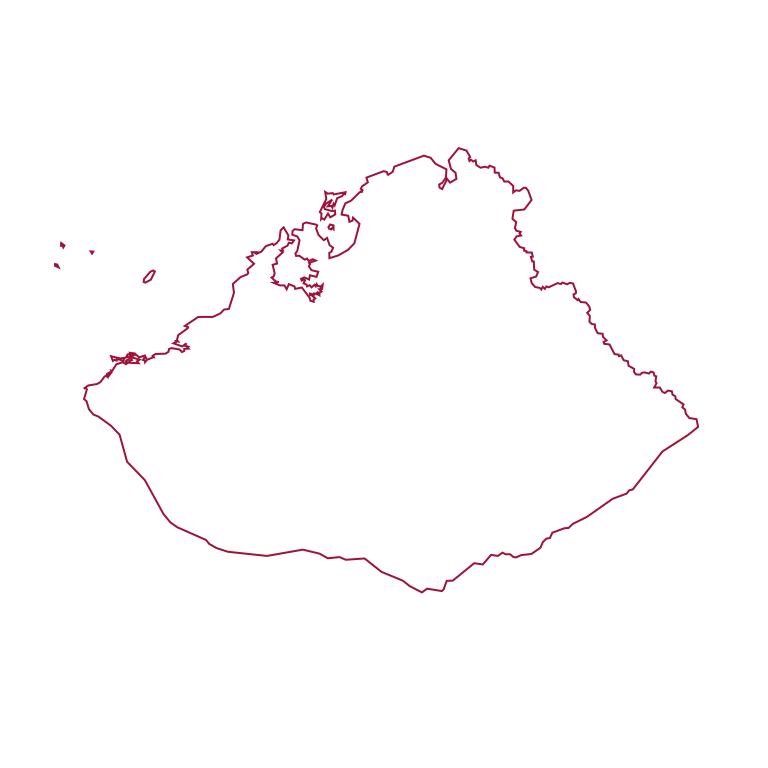 Kilwa, Lindi, United Republic of Tanzania (Albers equal-area conic projection), rotated 256°
{"feature_id": "72390352B7880721655308", "entity_name": "Kilwa", "entity_type": "district", "adm_level": 2, "iso_a3": "TZA", "parent_name": "United Republic of Tanzania", "parent_adm1": "Lindi", "projection": "albers", "projection_center": [39.276, -9.089], "detail": "fine", "context": "isolated", "style": "outline", "palette": "rose", "viewbox_px": 768, "rotation_deg": 256, "n_neighbors": 0, "source": "geoboundaries", "source_scale": "gbopen_adm2", "svg_char_len": 6157}
<svg xmlns="http://www.w3.org/2000/svg" viewBox="0 0 768 768"><g transform="rotate(256 384 384)"><path d="M452.2,91.6L452.2,93.9L450.7,94.4L441.9,89.3L439.3,91.2L431.0,91.6L424.6,94.7L421.6,98.9L409.4,109.1L398.7,115.2L370.7,115.9L348.6,128.7L311.1,138.6L301.3,143.3L294.9,148.9L275.7,173.6L271.2,175.7L265.4,181.7L259.0,191.9L245.5,228.8L242.9,265.2L235.0,280.4L228.5,287.3L226.8,299.0L222.7,304.4L219.4,323.0L202.4,336.0L188.5,354.8L181.7,360.0L172.6,370.4L175.0,376.3L169.1,390.0L170.3,392.2L177.8,397.2L176.6,403.2L188.3,428.2L185.0,436.2L192.3,446.6L189.6,452.9L191.7,458.1L189.4,460.8L188.2,465.3L184.9,467.6L183.8,470.2L184.8,475.8L183.4,485.8L187.2,496.1L192.1,499.8L194.7,504.2L194.4,507.7L199.0,511.4L200.4,524.1L199.7,528.3L202.6,533.3L206.0,548.8L217.3,578.0L219.0,593.0L221.5,596.1L221.5,599.9L251.2,637.9L260.9,666.4L266.4,678.4L274.3,678.7L277.1,672.0L282.0,669.7L286.5,669.9L289.1,667.8L291.8,669.7L298.9,663.3L301.6,663.7L304.0,661.4L307.3,661.5L308.9,657.9L307.3,654.3L309.0,652.3L313.9,650.7L315.2,645.3L318.8,648.6L321.1,648.1L325.6,650.0L326.7,648.4L330.1,648.3L331.5,645.8L330.0,643.7L332.1,639.9L332.5,637.2L331.1,634.8L332.4,630.7L335.3,629.5L338.1,630.4L342.5,625.7L347.0,626.2L349.1,622.3L354.4,621.0L354.2,618.7L355.8,618.7L357.2,614.9L367.8,612.4L369.7,607.4L371.6,607.2L372.5,610.5L376.8,607.9L379.8,608.3L381.6,603.6L387.7,602.2L390.7,603.1L391.9,600.2L394.6,598.4L400.2,600.2L403.9,598.4L406.1,602.0L409.4,601.9L414.2,599.7L416.0,594.6L419.4,593.3L418.5,592.2L422.2,589.3L425.1,589.6L425.6,592.1L427.6,592.7L435.8,591.7L437.2,588.7L436.4,585.9L439.3,581.7L438.2,579.9L439.9,576.8L438.0,567.3L439.4,565.2L437.4,563.1L439.9,561.5L437.6,559.5L439.7,558.2L441.5,554.2L446.0,551.8L451.1,551.7L451.5,557.7L455.4,560.5L458.6,557.4L466.6,559.0L467.1,557.5L471.8,557.3L471.6,559.2L475.8,559.2L477.2,554.1L478.4,554.4L479.5,552.2L481.8,552.9L484.2,548.8L492.6,545.4L495.2,548.5L494.9,552.9L497.3,552.0L498.5,553.4L500.7,549.5L503.7,548.8L509.1,551.4L513.2,548.6L520.8,551.8L519.4,562.4L526.9,571.7L536.6,570.7L540.0,569.1L540.6,567.1L538.6,562.3L540.0,558.9L538.6,555.7L544.9,557.3L550.4,553.7L551.3,549.7L554.8,548.8L556.5,546.5L561.2,546.3L562.3,542.6L567.3,543.6L570.3,539.2L568.6,537.6L570.4,534.6L570.5,530.0L574.1,526.6L578.9,527.0L578.3,524.4L580.5,522.7L579.7,520.9L582.4,520.7L583.3,522.5L590.5,520.5L594.8,513.5L585.4,500.9L576.5,501.0L571.6,504.5L565.5,503.9L563.4,496.8L567.6,494.9L559.1,487.6L561.1,485.4L564.2,485.8L565.1,489.2L569.5,494.1L577.2,496.5L585.1,487.3L592.2,484.0L595.9,478.0L592.4,446.6L587.9,443.9L586.0,438.8L587.1,438.7L585.9,438.2L588.9,438.1L590.6,435.2L588.5,416.9L583.6,417.1L581.1,410.6L579.0,408.7L577.4,410.0L576.4,408.2L575.8,410.1L575.9,406.7L569.8,396.3L568.7,390.3L563.2,386.1L558.7,383.8L555.9,390.0L549.7,389.7L550.1,392.9L552.9,394.2L545.3,399.0L527.7,389.3L522.8,381.4L519.8,370.7L519.3,361.5L524.4,362.6L525.2,365.1L528.6,367.6L531.9,364.8L539.5,364.1L538.1,360.4L544.3,356.6L551.3,355.7L554.1,357.6L555.1,356.6L559.6,347.5L559.0,344.2L553.0,342.1L555.8,334.7L554.7,332.4L551.1,331.1L548.1,335.6L543.9,336.8L534.1,332.1L532.1,329.6L529.5,329.7L528.9,332.9L523.9,337.1L524.3,339.7L521.6,340.7L522.3,345.0L520.3,347.6L519.5,340.6L518.2,341.1L516.4,339.6L512.0,341.1L508.8,347.3L504.3,344.5L507.4,338.4L503.5,336.6L506.7,332.4L506.1,328.9L504.2,329.2L504.8,331.5L503.7,332.5L501.2,330.3L499.2,332.9L497.3,332.9L497.8,335.9L495.3,337.1L497.1,340.7L495.3,341.4L497.2,342.8L495.0,343.4L494.0,346.6L495.2,348.6L492.3,347.4L492.6,346.1L491.2,346.5L491.6,344.2L488.8,345.8L488.4,343.7L486.3,343.0L489.1,341.9L488.6,340.9L486.6,341.8L488.8,338.1L486.5,337.0L488.3,336.7L489.6,334.1L487.4,333.7L488.5,334.6L483.7,338.0L483.0,336.1L480.8,335.7L482.5,332.8L485.7,332.7L497.5,327.6L497.8,320.8L500.3,320.8L503.9,315.8L499.5,312.5L503.8,311.2L504.8,306.9L509.0,301.3L508.4,306.6L509.5,304.0L514.5,300.6L515.0,302.9L517.8,304.7L526.6,304.8L526.7,309.4L532.0,309.6L536.2,317.5L538.6,316.0L537.9,318.2L540.1,318.0L541.6,323.8L544.1,325.8L542.7,328.6L545.1,331.4L547.6,325.6L551.3,327.2L560.3,324.5L558.2,320.9L549.4,317.5L546.7,314.0L545.4,310.5L547.0,309.9L546.4,302.8L542.1,297.0L541.1,291.9L541.8,291.0L542.7,292.3L543.9,287.6L540.4,287.8L540.0,281.8L532.1,287.0L528.0,279.0L524.6,279.2L523.5,277.9L522.4,270.6L517.6,261.5L508.8,260.5L494.4,251.7L494.9,246.7L492.1,242.4L490.5,234.1L494.0,219.9L488.5,204.8L486.5,207.7L485.6,207.1L481.2,196.1L476.8,193.8L475.0,194.5L476.1,192.2L475.0,192.2L474.4,189.6L469.2,197.4L471.3,202.0L469.1,200.3L467.5,203.2L467.0,202.2L465.6,203.0L466.4,198.7L464.3,198.1L463.9,195.6L466.8,194.2L470.2,186.6L470.0,184.0L467.3,182.5L466.3,179.3L468.4,169.6L467.5,166.9L466.0,167.1L466.8,166.1L465.6,165.8L464.8,159.8L462.9,157.4L464.9,157.5L465.6,156.0L467.2,157.4L466.7,159.4L469.5,158.9L469.1,152.8L474.0,149.5L475.7,145.1L471.4,145.9L473.7,147.1L472.5,149.1L472.5,147.0L470.4,146.6L466.7,152.8L465.8,149.8L463.5,150.9L466.2,142.1L467.9,142.5L468.2,145.2L471.8,144.1L473.9,145.3L474.7,144.2L474.7,142.3L472.1,140.0L472.3,143.2L470.5,144.2L469.1,139.5L467.9,139.0L466.8,141.2L465.6,138.5L467.7,136.3L472.2,138.1L472.6,134.2L477.0,125.9L472.0,126.5L472.7,128.2L471.4,130.3L473.1,130.8L469.8,136.2L468.4,136.0L467.8,129.0L462.4,123.3L463.0,122.5L461.4,122.6L458.4,118.9L459.9,118.6L461.9,121.4L460.8,117.7L457.8,117.3L459.3,116.1L458.6,114.3L454.5,109.4L453.4,105.6L454.1,96.8L452.2,91.6ZM564.6,364.6L559.2,362.9L559.9,363.9L558.0,365.8L562.9,370.9L558.7,372.2L560.3,377.7L564.2,378.3L564.3,375.5L568.0,368.9L570.3,368.5L573.2,371.7L575.4,378.3L570.0,372.4L569.6,376.1L567.5,376.6L571.1,378.7L569.2,379.3L575.6,383.5L576.4,388.6L578.3,391.2L577.6,392.2L579.4,393.1L580.1,381.0L581.6,380.5L582.3,375.5L584.6,373.4L577.5,372.8L566.3,363.3L564.6,364.6ZM548.6,188.9L550.0,187.5L549.4,184.4L543.9,176.5L541.1,175.5L540.1,176.9L541.6,183.0L548.6,188.9ZM551.8,370.3L549.7,368.0L548.0,368.3L546.7,370.1L548.0,371.6L546.5,372.5L550.1,373.4L551.8,370.3ZM575.8,96.5L579.0,95.8L579.9,93.8L578.3,93.4L575.8,96.5ZM595.7,107.5L598.9,104.9L596.3,104.0L595.9,105.7L594.1,105.9L595.7,107.5ZM582.8,133.9L583.6,131.5L581.2,132.3L582.8,133.9Z" fill="none" stroke="#9f1239" stroke-width="2"/></g></svg>